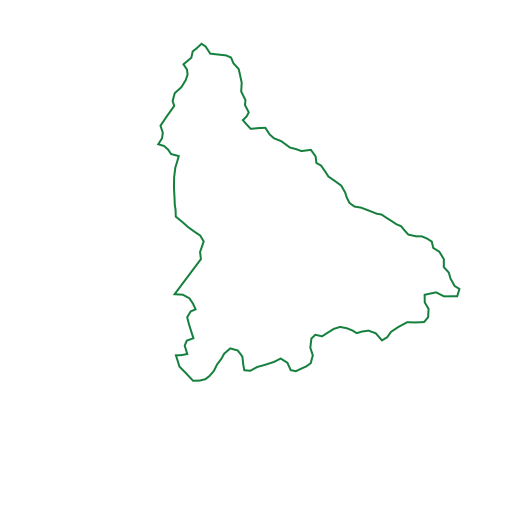 Pontes Gestal, São Paulo, Brazil, rotated 130°
{"feature_id": "56859067B2303319496016", "entity_name": "Pontes Gestal", "entity_type": "district", "adm_level": 2, "iso_a3": "BRA", "parent_name": "Brazil", "parent_adm1": "São Paulo", "projection": "albers", "projection_center": [-49.756, -20.178], "detail": "fine", "context": "isolated", "style": "outline", "palette": "green", "viewbox_px": 512, "rotation_deg": 130, "n_neighbors": 0, "source": "geoboundaries", "source_scale": "gbopen_adm2", "svg_char_len": 2157}
<svg xmlns="http://www.w3.org/2000/svg" viewBox="0 0 512 512"><g transform="rotate(130 256 256)"><path d="M337.6,293.8L332.7,287.2L331.2,279.8L333.0,273.6L335.7,268.0L340.4,270.4L347.1,269.4L351.5,263.3L355.9,256.4L359.2,251.1L365.3,254.6L370.5,253.0L375.2,245.7L379.8,249.3L383.6,253.5L387.1,247.9L389.9,243.7L390.8,234.3L392.0,224.0L387.6,219.0L382.9,215.6L377.9,214.5L371.1,214.4L364.1,216.1L357.4,216.4L351.2,217.6L343.3,216.3L340.1,209.2L341.8,201.8L347.8,195.5L351.0,191.5L347.6,186.6L340.2,183.7L334.0,179.4L325.5,174.1L318.7,171.2L317.6,163.4L321.1,156.0L318.6,151.4L312.9,148.8L308.2,146.5L303.0,145.2L295.6,148.6L291.4,155.4L283.6,160.5L278.2,159.9L275.1,153.8L269.4,152.0L261.9,149.6L256.3,146.0L253.0,140.1L251.1,134.3L250.3,129.2L246.1,126.5L240.9,121.9L238.2,114.6L239.7,105.3L234.0,103.3L227.2,103.8L218.8,101.3L209.5,97.6L204.3,91.0L198.6,84.8L192.3,84.8L185.6,89.8L183.1,96.9L177.3,101.9L168.1,94.7L166.1,86.1L157.5,76.0L150.5,79.0L151.3,84.6L148.3,92.4L144.8,97.6L143.8,105.0L137.7,110.0L134.9,118.3L135.9,125.4L132.0,130.6L132.7,136.1L134.4,141.7L137.9,145.9L141.7,153.0L140.9,158.8L139.9,163.9L141.4,168.8L142.1,174.9L142.8,179.9L143.6,186.6L146.0,190.7L148.3,197.6L151.5,206.8L154.8,212.3L155.3,218.4L152.8,224.2L150.1,228.4L147.3,235.9L147.9,244.5L148.6,251.6L146.8,257.4L144.9,264.3L145.9,269.6L141.4,274.3L139.4,282.2L146.4,288.6L148.4,294.1L151.1,299.7L151.8,310.4L154.3,318.0L154.1,323.8L151.8,331.2L155.8,335.7L162.0,341.8L161.2,348.1L160.4,353.4L155.0,352.9L150.6,353.9L147.4,361.6L143.4,364.2L139.5,373.1L132.6,378.2L127.4,384.8L123.9,389.5L122.9,397.1L120.0,402.7L121.6,407.9L130.4,421.1L127.9,429.3L128.4,434.1L135.3,435.0L139.9,436.0L145.7,433.0L155.8,434.8L157.5,428.8L160.9,425.1L166.4,422.9L174.6,421.7L183.5,422.9L190.9,419.5L193.6,415.1L206.7,414.1L217.6,412.9L221.5,406.6L226.1,403.7L233.2,402.7L230.8,397.1L231.0,391.6L232.5,386.6L229.1,379.4L235.4,376.6L240.0,374.7L248.2,369.4L253.3,365.3L256.9,362.3L263.1,356.5L269.3,350.8L272.5,347.1L277.4,342.8L277.3,333.3L277.5,326.2L277.0,319.4L276.2,311.8L278.5,305.4L284.2,303.2L288.8,301.5L293.8,296.2L337.6,293.8Z" fill="none" stroke="#15803d" stroke-width="2"/></g></svg>